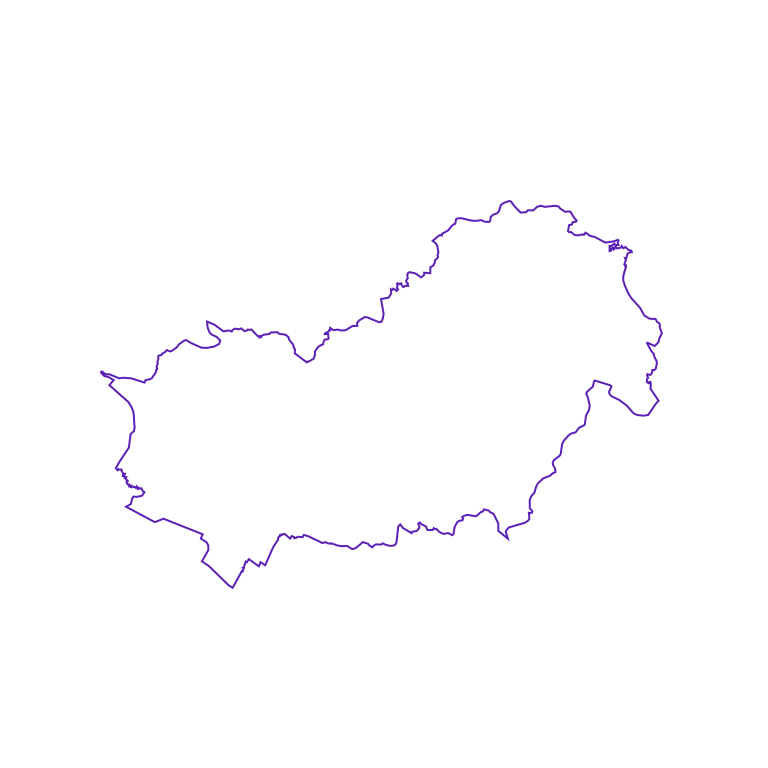 Baia Mare, Maramures, Romania (Robinson projection), rotated 45°
{"feature_id": "2599482B84718218720770", "entity_name": "Baia Mare", "entity_type": "district", "adm_level": 2, "iso_a3": "ROU", "parent_name": "Romania", "parent_adm1": "Maramures", "projection": "robinson", "projection_center": [23.589, 47.741], "detail": "fine", "context": "isolated", "style": "outline", "palette": "violet", "viewbox_px": 768, "rotation_deg": 45, "n_neighbors": 0, "source": "geoboundaries", "source_scale": "gbopen_adm2", "svg_char_len": 6165}
<svg xmlns="http://www.w3.org/2000/svg" viewBox="0 0 768 768"><g transform="rotate(45 384 384)"><path d="M421.1,635.1L415.8,616.8L416.6,616.6L416.0,615.0L415.1,613.4L414.3,613.7L414.6,612.8L411.8,607.4L413.0,607.1L412.3,603.4L424.4,601.4L422.7,597.3L428.1,596.2L421.0,577.7L419.2,568.9L417.7,567.3L418.1,565.3L417.2,564.5L418.0,562.7L418.5,562.9L419.6,560.3L426.9,559.7L426.3,556.7L428.6,555.7L429.5,556.5L430.6,555.2L430.9,553.1L434.7,549.9L434.0,547.7L434.3,547.2L438.3,545.1L452.9,540.0L454.5,537.2L456.5,536.6L458.9,535.0L459.1,534.1L465.6,530.9L468.7,528.6L472.6,524.5L477.9,523.4L478.8,522.6L480.1,519.4L480.9,510.7L485.8,508.2L487.7,508.5L491.2,507.8L491.0,506.1L491.7,503.1L495.5,499.6L495.9,497.4L498.3,496.8L502.6,494.3L505.1,491.4L505.6,489.6L504.8,487.2L494.7,474.5L494.9,471.8L499.3,472.4L508.9,470.0L508.2,468.9L511.1,464.6L510.9,462.1L510.6,460.3L506.8,458.4L507.3,456.5L509.4,456.8L514.1,455.1L518.0,456.5L521.7,452.8L521.1,450.7L523.4,450.1L523.6,449.4L527.6,449.5L532.0,448.0L534.8,444.0L539.2,442.6L539.3,441.1L535.2,435.4L533.5,430.2L533.7,428.1L535.8,424.8L535.2,423.2L533.3,422.8L533.3,422.1L535.2,417.8L542.7,412.3L543.1,405.8L544.1,404.4L543.3,402.0L547.7,399.4L549.8,399.6L553.2,398.3L563.5,401.8L568.6,407.0L580.9,405.8L574.3,402.2L573.6,397.4L581.8,382.4L582.5,378.7L582.2,376.6L577.5,372.6L578.9,371.7L579.6,370.2L579.0,369.1L575.0,368.8L569.0,362.9L567.4,358.9L567.2,354.5L564.4,349.5L563.1,345.6L563.3,338.3L566.3,331.3L566.4,328.1L567.5,325.0L564.8,322.8L560.8,321.7L559.0,320.4L558.0,317.6L558.9,310.6L558.5,308.7L552.2,300.1L551.2,296.8L550.9,289.7L551.4,286.7L553.7,282.6L552.8,277.0L554.6,272.0L554.6,270.7L549.2,263.5L547.5,257.8L544.8,253.8L537.7,249.4L533.9,247.9L533.1,245.9L533.5,238.1L530.7,233.6L530.6,232.5L545.0,224.9L546.6,224.9L548.8,230.6L550.7,231.6L553.9,231.7L561.8,228.9L571.2,227.6L581.1,228.3L585.0,226.9L590.1,222.7L592.7,219.0L590.2,206.0L590.0,201.7L575.7,198.9L572.6,195.2L572.0,195.5L570.8,194.2L570.1,195.1L570.4,196.3L568.6,196.8L566.8,195.0L566.4,192.9L563.9,191.9L563.3,190.8L565.7,189.5L566.1,188.2L565.2,185.9L563.9,184.5L565.3,182.8L565.3,181.0L562.6,176.8L560.6,175.0L556.8,174.0L553.5,172.0L549.3,171.6L541.1,169.1L541.2,168.5L548.6,165.7L548.5,160.5L546.2,156.5L544.7,151.7L538.6,148.8L537.9,147.6L535.8,146.4L533.5,147.0L530.0,146.0L525.9,149.9L519.7,151.5L511.2,149.1L498.0,148.4L492.5,147.1L484.7,144.1L480.1,141.7L477.3,139.0L473.5,132.7L472.8,130.6L471.4,130.3L471.7,129.6L470.8,128.8L469.3,129.4L467.3,125.3L465.5,124.5L466.5,124.0L464.0,119.4L465.1,116.5L466.1,115.6L464.7,114.8L462.1,116.3L457.7,116.5L457.3,118.7L454.4,118.4L455.1,120.1L452.9,123.4L451.8,123.1L450.3,124.7L451.3,124.8L451.4,126.5L449.4,126.5L450.2,129.7L449.8,130.1L449.2,128.2L448.0,128.3L448.2,129.1L445.9,126.8L447.0,126.4L447.6,121.8L450.1,122.5L450.2,121.2L451.5,119.9L449.3,118.7L448.2,116.6L447.4,116.6L445.9,120.2L440.5,127.5L429.1,131.0L425.0,133.5L419.5,134.4L419.9,137.2L418.7,137.7L416.2,141.6L413.4,143.9L408.9,144.2L407.5,145.8L406.0,145.8L402.5,140.6L404.1,138.6L403.0,136.2L405.0,133.3L404.7,132.2L401.3,132.1L394.2,130.4L392.2,131.7L390.4,134.1L384.4,135.4L381.9,135.0L378.7,137.3L372.5,145.0L368.9,147.0L367.0,150.4L366.8,155.6L362.9,159.5L362.9,162.1L359.3,166.2L349.8,166.0L344.9,165.1L343.2,165.9L340.5,171.7L340.1,174.9L343.0,180.3L343.3,183.2L341.5,186.9L341.3,190.4L343.9,193.8L343.7,195.0L340.5,198.1L337.1,199.2L333.7,203.6L330.2,206.7L321.4,212.1L319.3,214.3L318.4,216.5L321.1,220.3L320.4,221.7L320.1,225.3L320.8,229.8L318.8,236.9L319.9,238.0L318.2,239.2L317.9,240.3L317.2,248.4L320.7,247.9L323.6,248.4L329.6,252.6L330.4,254.7L332.3,256.0L332.8,257.2L332.6,260.5L334.4,262.9L335.1,265.8L334.2,268.6L338.4,273.0L333.7,276.9L335.3,278.6L334.8,282.4L328.2,283.5L323.0,286.8L322.5,288.9L323.4,290.5L326.1,292.5L326.5,295.2L328.0,296.2L329.9,296.0L330.5,297.1L331.7,297.6L329.4,299.7L329.3,301.7L328.0,302.0L324.9,300.8L324.6,302.2L322.4,303.0L322.3,303.8L324.5,305.4L325.1,307.0L327.1,307.2L327.1,309.3L323.2,309.9L323.2,312.0L322.0,312.2L325.1,314.9L326.2,319.7L321.8,326.0L334.2,334.7L336.9,338.6L338.2,341.9L336.9,343.8L325.3,348.6L323.0,350.3L321.5,356.7L321.9,360.0L324.0,361.8L320.8,365.1L318.8,373.1L315.9,376.4L312.5,378.5L310.1,381.8L306.3,382.4L308.0,384.3L307.2,385.1L307.7,386.4L306.4,389.8L306.8,390.6L309.1,388.1L312.7,391.1L312.6,392.2L310.8,394.3L310.9,395.9L312.9,399.1L311.9,401.1L311.2,404.7L312.2,410.0L314.2,411.7L316.4,415.7L314.9,421.3L314.0,422.3L314.1,423.3L299.3,425.4L296.4,422.3L294.4,422.1L292.0,420.4L285.9,419.8L283.1,418.4L279.5,418.8L274.3,422.7L271.9,422.8L267.6,427.6L267.5,429.8L264.1,434.2L263.4,436.4L264.1,437.6L263.1,439.1L262.4,437.8L260.9,439.4L251.6,439.3L250.8,440.7L249.2,441.7L249.3,442.9L248.1,445.2L243.7,445.7L242.8,447.8L239.5,450.2L238.7,453.1L239.2,454.6L236.6,455.7L233.2,460.3L222.4,461.9L214.7,465.0L219.7,469.0L224.6,471.0L227.6,470.8L232.3,469.0L237.4,469.0L239.1,472.2L237.3,478.0L233.1,483.8L229.4,487.3L218.8,491.4L213.2,492.8L212.1,494.3L211.0,500.9L211.5,504.6L210.6,510.4L209.9,512.1L206.4,513.6L206.6,516.3L205.7,519.6L206.2,521.0L205.1,522.3L204.6,524.1L206.7,525.7L208.2,528.7L209.5,529.3L211.1,532.7L213.2,533.9L212.9,535.1L214.5,537.5L215.7,544.2L215.0,546.3L212.7,549.8L213.6,552.4L201.6,558.5L194.9,564.2L192.8,567.2L183.0,571.3L179.9,574.2L176.2,574.4L175.3,575.1L176.1,576.1L180.8,576.1L183.9,574.0L190.1,572.4L190.6,579.0L216.0,577.5L221.7,578.8L227.0,581.2L238.6,591.3L240.5,594.2L240.2,598.6L248.6,609.4L251.9,625.9L254.0,633.3L256.8,633.3L256.9,632.6L255.6,632.1L256.9,632.0L259.0,630.1L259.5,630.9L263.3,631.7L264.3,630.7L264.9,632.1L263.4,632.3L264.4,633.8L267.5,632.2L267.3,633.8L269.7,633.6L270.3,634.3L271.1,633.6L271.7,634.1L271.3,635.3L272.2,636.0L273.8,636.3L274.7,635.3L276.0,636.5L276.4,635.6L277.0,636.2L278.2,635.7L277.3,634.5L279.8,634.1L280.4,633.0L282.1,633.0L281.6,631.4L282.9,631.9L283.6,630.9L284.4,632.0L286.0,629.4L289.1,630.2L291.1,629.9L291.9,634.1L289.0,638.6L286.4,640.8L287.2,643.7L289.9,647.8L288.4,653.2L319.7,643.7L323.3,635.2L362.0,618.5L363.8,622.8L370.3,621.4L373.7,622.3L377.2,625.6L380.7,638.2L389.1,636.5L416.6,636.2L421.1,635.1Z" fill="none" stroke="#5b21b6" stroke-width="2"/></g></svg>